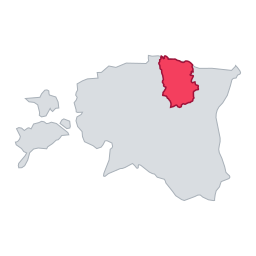 Lääne-Viru highlighted on a map of Estonia
{"feature_id": "EST-1658", "entity_name": "Lääne-Viru", "entity_type": "County", "adm_level": 1, "iso_a3": "EST", "parent_name": "Estonia", "parent_adm1": "", "projection": "orthographic", "projection_center": [26.348, 59.26], "detail": "fine", "context": "in_parent", "style": "filled", "palette": "rose", "viewbox_px": 256, "rotation_deg": 0, "n_neighbors": 0, "source": "natural_earth", "source_scale": "10m", "svg_char_len": 4416}
<svg xmlns="http://www.w3.org/2000/svg" viewBox="0 0 256 256"><path d="M214.6,200.4L213.6,200.6L208.5,199.8L202.8,197.1L200.3,195.0L197.8,195.1L194.9,196.5L184.3,200.5L181.7,199.6L175.7,195.7L172.6,191.4L165.9,183.0L165.3,181.0L164.4,179.3L157.2,177.2L154.6,174.1L152.4,173.6L149.2,172.0L140.8,165.3L138.8,164.6L138.2,165.7L138.3,167.3L137.8,168.2L136.7,168.1L134.8,165.7L132.5,163.5L125.2,167.4L122.5,168.4L120.2,168.6L108.5,173.6L104.9,176.4L103.5,176.0L103.9,173.3L109.1,160.0L110.2,149.3L112.0,147.9L112.6,146.4L111.9,143.0L107.0,140.7L105.0,140.9L103.1,144.6L101.2,147.1L96.8,148.6L93.1,145.7L84.5,141.7L82.5,136.6L82.1,131.6L77.7,126.6L76.0,120.8L77.0,116.9L81.2,114.5L82.5,112.2L77.3,112.4L76.2,111.8L76.1,109.8L74.1,102.7L76.2,100.1L77.2,97.4L75.7,95.1L76.2,92.5L77.6,90.0L77.1,83.9L82.4,80.9L87.4,78.9L98.0,78.1L97.2,72.5L101.4,72.4L108.8,66.0L115.9,67.4L126.2,63.1L146.0,63.5L148.7,60.9L148.3,58.2L148.4,55.4L152.1,56.2L158.2,55.8L181.4,61.4L187.2,61.4L195.1,67.0L199.4,68.4L212.0,68.3L231.5,70.4L235.3,66.5L235.6,65.5L237.5,67.6L240.0,71.0L240.6,72.9L239.9,74.1L237.6,75.1L237.0,76.2L236.1,78.0L233.3,78.4L231.9,79.8L230.4,85.7L227.3,95.4L222.7,102.9L218.9,107.0L217.2,110.1L216.2,113.8L216.0,117.6L220.1,138.0L220.1,141.7L219.3,145.5L218.7,149.3L219.3,152.7L221.9,158.4L224.7,166.8L225.9,172.3L227.7,174.2L229.4,175.7L229.8,176.6L229.8,177.5L228.9,178.6L221.2,181.6L220.3,184.1L219.5,186.8L216.2,190.8L215.2,194.6L214.6,198.9L214.6,200.4ZM44.1,121.8L46.5,123.6L48.9,123.2L51.3,122.2L56.4,123.5L67.8,132.5L68.8,134.8L61.7,135.5L59.9,138.0L58.2,139.7L56.1,140.2L52.5,143.6L47.7,146.8L46.7,148.8L38.3,148.0L33.6,149.0L29.7,152.7L27.7,160.1L24.7,165.7L21.8,167.7L18.8,167.8L18.3,165.6L18.7,163.4L25.3,155.5L26.7,152.9L23.8,151.6L21.5,148.5L16.2,144.8L15.4,142.1L16.7,141.9L17.9,141.2L19.6,139.1L20.4,136.5L16.5,128.7L18.8,127.6L21.6,128.1L24.3,130.5L27.6,128.1L28.9,127.8L31.1,128.9L33.6,124.0L38.9,122.6L41.6,121.3L44.1,121.8ZM55.7,108.3L52.6,111.5L51.0,110.1L50.2,108.4L46.0,115.9L41.6,116.9L39.3,115.3L39.6,112.4L37.7,104.8L34.1,102.4L29.0,101.8L25.4,98.5L39.9,97.3L41.6,93.8L44.8,90.2L47.0,89.9L48.8,90.9L49.0,93.8L49.4,95.0L55.8,97.0L58.1,102.0L58.8,108.0L55.7,108.3ZM69.8,128.0L66.8,128.6L60.0,123.4L61.8,120.1L63.8,118.9L69.7,121.2L70.3,126.3L69.8,128.0Z" fill="#d9dde1" stroke="#a8b0b8" stroke-width="1"/><path d="M159.7,59.8L160.0,59.8L160.6,59.2L161.1,58.1L160.8,57.7L161.3,56.1L162.1,56.6L162.9,57.9L163.5,58.6L164.2,58.4L164.3,58.0L164.1,57.4L164.2,56.8L164.6,56.1L165.0,55.9L165.5,56.0L166.7,56.6L168.0,58.0L168.2,58.6L168.2,59.1L168.6,59.2L175.1,59.1L175.8,59.4L177.2,60.3L179.4,60.8L181.3,62.0L182.7,62.4L183.5,62.4L184.1,62.2L185.3,61.2L185.8,61.0L187.2,61.1L188.6,61.5L189.9,62.3L191.1,63.3L192.6,64.9L192.6,65.0L192.2,66.0L192.1,66.5L192.1,66.8L192.2,67.2L192.8,68.5L193.0,69.3L192.9,70.1L193.1,71.6L192.9,72.1L192.3,71.5L192.1,71.3L191.8,71.3L191.6,71.5L191.4,71.8L191.2,72.0L191.4,73.4L190.8,74.0L190.2,74.5L190.2,74.9L190.5,75.3L190.8,75.4L191.1,75.4L191.4,75.3L192.9,75.6L193.2,75.7L193.3,76.1L193.0,76.9L191.5,79.9L191.3,81.5L191.8,82.3L192.3,82.7L192.5,82.7L194.9,81.9L195.3,83.7L195.5,84.3L196.2,85.0L196.7,85.2L197.7,85.3L198.1,85.7L198.3,86.0L198.0,88.0L198.3,88.5L198.4,89.1L198.3,89.5L198.0,89.6L196.1,89.9L193.8,91.4L193.5,91.8L193.4,92.8L193.5,96.7L193.9,97.6L193.9,98.1L193.6,98.4L193.1,99.0L192.9,99.5L192.8,100.0L192.8,100.5L192.7,100.8L192.4,101.1L191.4,101.5L190.1,102.5L189.2,102.5L188.8,102.5L186.9,103.3L185.5,104.1L185.0,104.2L184.3,104.1L183.8,103.8L183.1,103.7L181.4,105.0L181.4,106.1L181.3,106.4L181.2,106.7L179.7,107.4L177.8,106.7L176.9,105.3L176.3,105.1L175.6,105.3L173.5,106.5L170.6,107.3L170.7,106.5L170.9,105.6L171.0,105.0L171.0,104.5L171.0,103.8L170.9,103.1L170.4,101.7L170.0,100.8L169.3,100.1L168.3,98.6L167.5,98.3L166.6,96.4L166.2,96.1L165.4,96.0L164.5,95.6L164.0,95.5L163.1,95.5L162.8,95.4L162.7,95.0L163.0,93.7L163.1,92.4L164.2,91.1L164.7,90.1L165.6,88.8L165.9,87.2L164.6,86.7L163.7,86.0L163.6,85.5L163.9,84.7L163.4,83.9L162.9,82.8L162.6,82.6L162.5,82.4L162.4,82.2L162.4,81.8L162.7,81.2L162.8,80.7L162.7,80.5L163.3,79.9L163.4,79.3L163.3,78.9L162.7,75.4L162.4,74.6L162.1,73.9L161.9,73.3L161.7,72.6L161.7,72.0L161.6,71.2L161.6,70.7L161.6,70.2L161.5,69.8L160.4,69.0L160.1,68.5L160.1,68.1L159.8,65.3L159.4,64.7L159.2,64.4L158.9,63.6L158.9,63.2L158.9,62.8L159.5,62.0L159.7,61.7L159.7,60.1L159.7,59.8Z" fill="#f43f5e" stroke="#9f1239" stroke-width="1.5"/></svg>